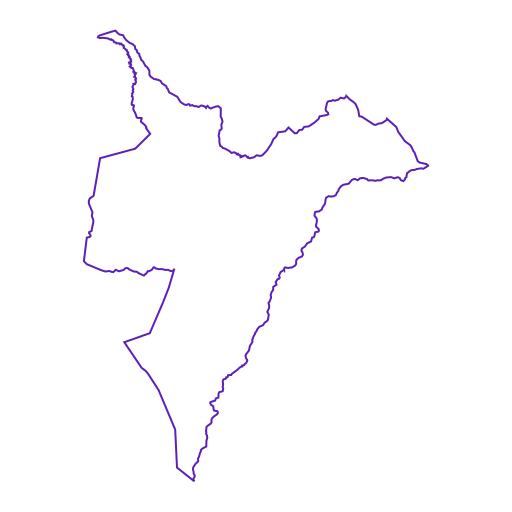 the district of Changara, Tete, Mozambique
{"feature_id": "85939544B96154885816761", "entity_name": "Changara", "entity_type": "district", "adm_level": 2, "iso_a3": "MOZ", "parent_name": "Mozambique", "parent_adm1": "Tete", "projection": "mercator", "projection_center": [33.152, -16.661], "detail": "fine", "context": "isolated", "style": "outline", "palette": "violet", "viewbox_px": 512, "rotation_deg": 0, "n_neighbors": 0, "source": "geoboundaries", "source_scale": "gbopen_adm2", "svg_char_len": 5985}
<svg xmlns="http://www.w3.org/2000/svg" viewBox="0 0 512 512"><path d="M202.5,448.5L206.3,446.5L206.4,440.8L207.3,437.7L206.9,435.3L206.1,433.9L206.4,432.1L205.9,430.8L206.4,429.2L206.4,427.2L207.5,425.9L211.0,423.4L211.6,422.2L211.4,419.8L212.1,418.3L213.8,416.5L216.7,414.6L217.9,413.1L217.8,411.9L217.2,411.2L214.3,410.6L213.8,410.1L213.2,406.2L210.9,404.7L210.2,403.1L210.6,402.0L215.1,400.6L216.0,398.3L218.4,397.6L218.6,393.5L219.2,392.2L222.7,391.2L223.2,388.4L222.7,387.4L223.1,384.2L222.7,381.3L223.5,379.3L225.0,379.0L226.2,378.3L226.2,377.4L227.7,376.9L228.1,375.2L231.2,375.0L231.8,373.9L237.4,369.8L239.2,368.0L241.2,366.6L242.3,366.5L242.2,365.5L244.2,365.1L244.7,364.0L245.6,363.6L246.5,362.5L247.3,360.3L245.9,357.8L245.5,355.8L246.2,354.1L249.0,350.4L249.9,345.9L252.5,341.8L252.2,340.0L253.9,335.6L254.9,334.2L255.0,333.2L256.6,331.0L257.1,329.5L259.3,326.8L263.0,325.2L264.8,322.5L266.7,321.3L267.9,319.9L268.8,314.7L267.3,311.9L269.0,308.3L269.2,305.9L268.5,302.9L269.4,302.0L271.1,297.7L270.7,295.1L271.5,292.3L273.1,290.0L273.3,286.8L276.5,284.7L275.7,282.1L277.5,279.2L279.0,278.8L279.5,278.1L279.7,277.2L279.0,275.5L280.6,272.1L284.0,269.8L284.2,270.1L284.2,268.3L285.0,267.4L288.2,268.0L290.3,267.5L291.8,267.6L295.2,265.5L296.1,264.0L296.2,260.6L296.7,259.5L298.7,257.8L301.9,256.5L302.9,254.9L302.7,253.0L301.4,250.6L301.8,248.6L305.0,246.5L307.1,243.4L311.0,241.5L312.1,237.6L313.6,237.3L314.4,236.1L315.2,232.3L318.6,231.5L318.9,230.3L318.5,228.9L316.1,226.6L315.9,225.8L316.9,221.3L316.8,219.6L316.4,217.9L314.9,216.3L314.5,215.4L314.9,212.7L315.1,212.1L316.2,211.7L319.1,211.4L321.9,209.3L322.2,208.0L325.0,203.7L325.7,198.9L326.2,197.7L328.5,196.2L331.5,196.6L333.7,196.2L335.9,195.1L336.9,192.7L338.3,190.9L338.7,189.4L340.8,186.5L343.2,184.8L348.7,183.7L351.7,180.1L353.7,179.1L355.0,179.0L357.7,180.2L360.1,178.3L363.2,177.9L367.1,179.1L368.1,180.4L372.2,180.3L375.4,180.8L377.7,180.2L378.8,180.5L381.3,180.1L382.6,179.0L386.3,177.5L391.0,177.1L394.4,178.3L397.8,177.2L399.6,178.0L400.9,180.2L403.3,181.1L404.9,179.5L405.3,177.9L406.4,177.1L407.0,173.3L409.5,171.3L411.6,170.1L414.7,169.9L416.8,169.0L421.3,168.3L423.3,168.8L428.1,165.8L427.7,165.0L426.4,164.1L419.5,162.5L417.7,161.1L414.5,152.5L413.4,151.1L411.1,146.2L409.8,144.8L404.9,141.2L398.2,131.8L396.3,127.0L386.9,118.7L386.5,120.1L381.8,123.2L378.8,123.5L375.7,124.9L373.9,124.6L361.8,116.7L359.3,116.2L358.2,110.0L355.7,104.2L354.1,102.5L349.8,99.4L346.3,95.9L346.1,96.6L344.1,98.5L340.6,97.7L338.4,99.6L334.9,100.7L333.0,100.1L331.2,100.9L328.2,101.3L327.0,102.9L325.6,109.3L325.9,110.7L328.0,112.7L328.3,114.3L327.0,115.0L319.5,116.4L318.6,118.9L314.6,122.5L308.7,126.4L304.2,126.9L302.2,129.7L299.4,130.0L296.7,133.2L294.8,133.3L288.5,127.5L285.3,131.3L278.1,132.3L276.8,135.4L275.6,137.2L273.5,139.0L271.1,144.3L266.5,151.0L262.3,155.3L260.2,155.9L256.5,155.3L254.2,157.2L249.9,158.3L247.9,157.8L247.9,156.8L246.9,156.8L245.6,155.4L244.3,155.5L243.2,156.3L242.0,156.0L241.7,157.0L240.5,157.3L240.1,155.3L239.2,155.2L238.2,153.9L237.3,154.6L236.5,154.1L236.5,153.4L234.3,152.3L231.3,152.9L229.8,151.3L224.8,148.5L222.8,148.0L221.7,146.6L220.2,145.9L219.4,142.3L219.4,138.2L218.6,135.9L219.7,130.3L221.2,129.5L221.7,128.5L221.3,125.1L222.5,121.7L222.0,119.2L220.7,116.6L220.8,108.3L218.3,106.2L215.6,106.6L210.6,108.5L208.7,107.3L207.6,105.9L206.4,106.8L206.0,107.9L204.6,106.4L201.8,105.5L200.9,105.6L198.6,107.0L195.8,106.1L194.5,106.2L192.2,105.1L190.2,105.7L189.3,104.3L188.6,104.1L186.2,105.0L184.1,104.4L180.5,102.0L177.3,96.8L169.1,92.3L167.9,89.1L166.6,87.7L166.3,86.2L161.9,83.3L160.7,81.0L158.3,79.9L156.9,79.7L156.3,79.2L154.3,79.2L150.7,76.7L149.4,74.9L149.4,70.8L147.2,67.2L145.4,65.9L143.2,61.8L141.0,59.5L140.5,57.5L139.5,56.0L139.3,53.9L137.4,52.6L136.7,50.1L135.2,48.9L134.9,46.3L132.6,44.1L129.7,42.9L126.3,40.2L124.2,37.5L123.2,35.3L119.3,34.4L117.1,32.6L115.6,30.7L111.8,31.6L100.1,35.3L98.3,36.3L97.9,37.3L99.9,38.1L102.9,37.8L107.9,38.4L109.6,39.4L111.0,39.3L111.2,39.9L112.2,39.8L113.5,40.7L113.9,42.1L116.1,42.6L116.4,43.4L118.8,43.2L119.8,44.2L120.5,43.6L121.2,43.6L121.3,44.4L122.2,44.6L122.7,45.4L123.5,45.3L123.9,46.1L123.5,46.3L123.9,46.8L123.7,47.9L126.8,50.1L126.5,50.5L126.8,51.1L128.2,52.5L127.4,54.1L128.4,54.4L128.1,55.2L129.1,56.0L128.8,57.0L129.8,57.1L129.7,58.2L130.8,59.1L130.5,59.7L131.1,60.5L130.8,60.9L131.1,61.7L129.0,62.5L129.4,63.7L130.5,63.4L131.2,65.0L130.0,66.3L130.7,66.4L130.5,67.3L131.5,68.0L132.9,68.1L133.8,70.8L133.4,71.7L134.3,71.9L134.3,72.9L135.0,72.7L135.4,73.0L135.1,73.4L135.9,73.4L134.9,75.3L135.0,76.2L134.2,76.9L135.7,77.8L136.1,78.8L135.2,79.8L136.0,81.5L135.9,82.3L135.2,83.8L134.8,83.5L134.3,84.0L133.4,83.9L133.5,84.9L132.4,86.9L133.4,89.1L132.7,90.2L133.3,91.7L132.1,93.4L132.4,94.3L131.9,95.8L131.8,96.2L132.7,96.9L132.8,99.3L131.5,103.9L131.9,104.9L133.6,105.1L134.0,105.6L133.3,108.1L133.3,109.4L135.5,113.6L136.7,117.4L137.6,117.9L141.5,118.0L141.7,118.8L141.0,120.3L140.9,121.7L144.7,124.9L146.4,127.2L146.0,128.0L150.2,133.9L135.2,148.7L100.1,158.2L93.6,195.8L89.8,198.4L88.8,200.9L88.9,203.6L92.5,212.4L91.8,215.9L93.2,219.6L93.4,221.6L91.5,231.0L89.1,232.2L89.1,233.2L90.3,234.7L90.6,236.0L89.7,236.9L86.8,237.6L83.9,261.2L86.8,264.2L101.5,270.3L105.5,271.5L109.4,271.0L111.7,271.9L113.3,272.1L115.8,269.8L119.0,271.3L123.1,270.1L124.2,269.5L125.0,268.5L126.4,268.0L127.9,268.2L129.2,269.4L132.8,271.1L134.7,271.7L136.7,271.7L138.7,273.2L143.7,275.5L144.4,275.3L145.1,274.2L146.1,273.7L147.9,271.1L148.9,271.3L151.8,269.8L153.6,267.3L154.3,267.3L155.6,268.4L158.3,269.1L162.0,269.1L165.8,270.0L167.9,269.8L170.9,271.1L173.6,270.6L174.4,268.6L168.7,287.9L162.9,302.7L149.8,333.2L124.3,342.2L141.6,367.8L145.8,371.0L148.1,373.8L158.6,390.1L175.2,429.6L177.0,467.6L194.3,481.3L193.3,479.0L194.6,476.6L194.7,475.3L193.7,473.8L193.5,471.2L192.9,469.5L193.2,467.4L195.4,464.0L198.2,461.2L198.0,458.5L199.1,456.6L199.9,453.2L200.8,451.5L200.9,450.0L202.5,448.5Z" fill="none" stroke="#5b21b6" stroke-width="2"/></svg>